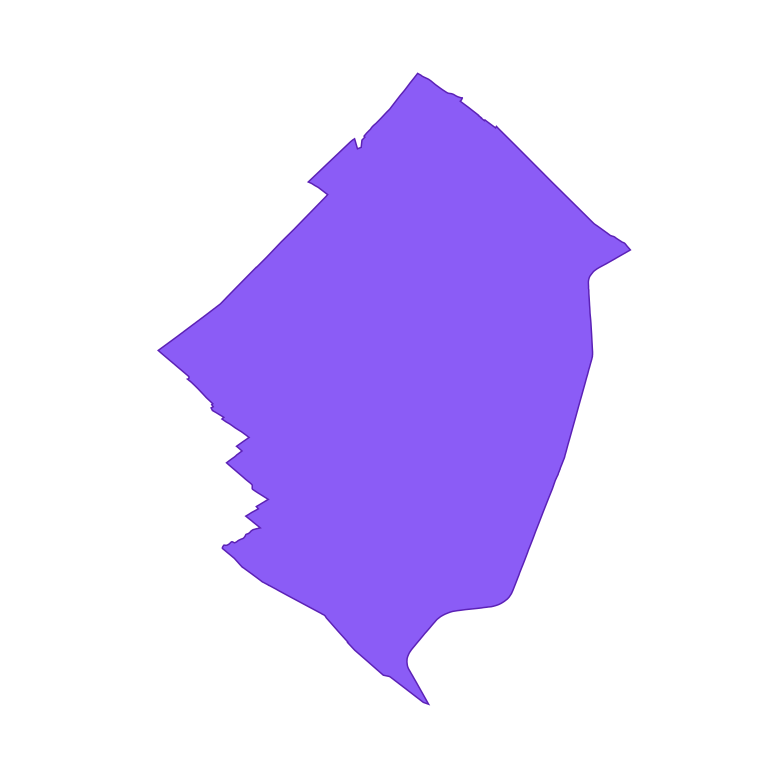 Lisse, Zuid-Holland, Netherlands, rotated 7°
{"feature_id": "6326949B71801070478852", "entity_name": "Lisse", "entity_type": "district", "adm_level": 2, "iso_a3": "NLD", "parent_name": "Netherlands", "parent_adm1": "Zuid-Holland", "projection": "equal_earth", "projection_center": [4.545, 52.254], "detail": "fine", "context": "isolated", "style": "filled", "palette": "violet", "viewbox_px": 768, "rotation_deg": 7, "n_neighbors": 0, "source": "geoboundaries", "source_scale": "gbopen_adm2", "svg_char_len": 6089}
<svg xmlns="http://www.w3.org/2000/svg" viewBox="0 0 768 768"><g transform="rotate(7 384 384)"><path d="M612.2,220.9L608.4,217.5L607.9,217.0L606.7,215.8L606.0,215.2L605.4,214.8L605.2,214.7L603.0,214.1L596.9,211.1L595.4,210.2L594.5,209.8L593.8,209.6L592.4,209.4L592.0,209.3L590.6,209.0L583.5,205.0L576.0,200.9L574.4,200.1L573.1,199.4L572.3,198.8L571.5,198.2L568.9,196.2L546.0,178.5L525.9,163.0L485.4,131.2L471.6,120.5L466.2,116.3L464.2,114.6L463.5,116.2L453.5,110.5L452.0,109.6L451.5,110.4L447.9,108.1L448.1,107.9L447.5,107.5L445.1,106.1L445.2,105.8L443.4,104.7L438.2,101.6L433.9,99.0L432.1,98.0L427.6,95.4L425.2,94.0L426.0,93.0L426.3,92.5L426.9,90.6L426.8,90.4L426.6,90.4L425.9,90.5L425.6,90.5L424.8,90.4L422.7,90.0L421.3,89.6L420.5,89.3L419.3,88.8L417.8,88.1L416.1,87.7L415.4,87.6L413.4,87.6L412.0,87.5L411.5,87.3L410.7,87.0L406.2,84.8L403.6,83.4L398.4,80.5L393.6,77.4L393.0,77.1L391.1,76.1L389.7,75.6L389.0,75.4L385.9,74.4L384.3,73.8L383.0,73.0L379.5,71.6L379.0,72.5L376.0,77.5L372.9,82.5L372.2,83.8L371.1,85.7L368.6,90.0L366.8,92.8L366.0,94.0L364.9,95.7L357.8,107.7L356.3,110.3L356.0,110.7L355.4,111.5L353.5,113.9L348.4,120.9L345.9,124.2L344.1,126.5L342.5,128.2L341.2,129.8L340.3,131.2L339.4,133.0L338.6,133.9L336.3,136.9L334.0,140.4L334.9,141.3L332.8,144.1L332.7,144.2L332.4,144.6L332.5,151.9L329.0,153.8L325.5,145.5L324.9,144.2L323.6,145.3L323.4,145.4L321.2,147.7L300.6,172.7L284.2,192.7L287.8,193.8L291.1,195.4L294.6,196.8L305.0,202.9L303.6,204.9L284.7,229.7L275.6,241.7L274.4,243.2L264.8,255.3L262.5,258.4L252.1,272.4L243.2,283.8L243.0,283.7L237.3,291.1L226.3,305.4L217.9,316.4L215.3,319.9L211.8,324.5L203.5,332.6L198.4,337.6L185.6,349.9L180.7,354.6L172.7,362.3L155.8,378.2L159.0,380.4L159.9,381.0L178.8,393.4L185.2,397.6L189.4,400.4L189.5,400.9L189.6,401.4L189.7,401.7L189.6,402.0L189.4,402.3L189.1,402.7L188.3,403.1L192.2,405.5L195.6,408.0L199.5,411.0L205.9,416.3L209.2,419.1L216.5,424.5L215.5,425.5L217.3,427.4L215.3,428.8L216.8,430.9L217.2,431.1L217.1,431.3L220.2,432.6L229.1,436.6L227.4,438.5L231.6,440.7L235.4,442.3L237.7,443.5L241.5,445.6L246.2,447.8L248.0,448.6L253.2,451.5L255.7,453.0L256.6,453.5L251.3,458.2L245.2,463.8L246.5,464.6L251.2,467.8L250.8,468.2L246.3,472.5L245.9,473.1L244.8,474.3L244.3,474.8L242.3,476.6L239.4,479.3L237.3,481.4L237.6,481.6L239.9,483.2L253.0,491.9L255.7,493.7L258.0,495.3L262.3,498.0L263.0,498.4L264.1,499.2L264.9,499.7L265.3,500.2L265.6,500.7L265.7,501.7L265.8,502.7L265.8,503.0L265.9,503.5L265.9,503.8L266.0,504.1L266.4,504.5L267.1,504.9L269.0,505.9L272.7,507.7L279.1,510.7L283.2,512.6L278.1,516.6L275.2,518.9L272.2,521.2L274.5,523.2L271.5,525.4L268.5,527.5L267.5,528.3L265.6,529.9L262.9,532.0L266.1,534.0L269.1,535.8L271.2,537.2L274.5,539.2L278.7,541.9L276.0,542.9L275.0,543.2L273.2,544.0L272.1,544.4L271.3,544.9L271.0,545.2L270.3,545.8L269.9,546.2L269.5,546.8L268.9,547.7L267.8,548.8L267.5,549.0L266.1,549.7L265.8,549.8L265.4,550.1L265.2,550.4L265.1,550.6L264.6,552.2L263.4,554.1L262.5,554.7L261.1,555.4L260.6,555.7L259.5,556.4L259.0,556.7L258.5,557.1L257.9,557.6L257.3,558.3L256.8,558.7L256.5,559.0L256.1,559.2L255.6,559.5L255.3,559.7L255.0,559.8L254.8,559.8L254.4,559.7L254.1,559.6L253.6,559.4L253.4,559.3L253.1,559.2L252.8,559.1L252.6,559.1L252.3,559.2L252.0,559.2L251.7,559.4L251.5,559.6L251.2,559.9L250.8,560.5L250.2,561.3L249.4,562.0L249.0,562.3L248.6,562.6L248.2,562.9L247.9,563.1L247.5,563.2L247.1,563.3L246.7,563.4L245.8,563.4L245.3,563.4L244.8,563.4L244.5,563.8L244.3,564.1L244.1,564.6L243.7,565.4L243.7,565.6L243.6,565.8L243.5,566.3L243.6,566.6L243.6,566.8L243.8,567.0L256.7,575.3L263.0,580.8L265.7,583.1L265.8,583.0L279.2,590.5L282.2,592.2L285.5,594.1L287.3,595.2L293.2,597.4L293.8,597.8L293.9,597.7L295.5,598.3L299.1,599.7L301.7,600.7L304.3,601.8L314.2,605.7L345.5,617.8L349.7,619.4L350.2,619.7L351.5,620.2L352.2,620.3L352.6,620.6L353.9,621.4L355.2,623.1L362.3,629.4L368.8,635.2L379.6,644.6L379.3,645.0L387.4,651.8L400.0,660.3L418.8,673.1L424.6,673.6L425.4,673.8L425.9,674.0L445.6,685.6L461.8,695.2L467.3,696.4L462.3,689.6L451.7,675.2L449.8,672.7L447.6,669.7L446.5,668.3L443.9,664.8L443.2,663.9L442.8,663.2L442.5,662.7L442.1,662.0L441.8,661.3L441.5,660.5L441.3,659.8L441.0,658.6L440.6,656.9L440.5,655.3L440.4,653.8L440.5,653.2L440.6,652.4L440.8,651.4L441.3,649.6L441.7,648.3L442.5,646.5L442.9,645.8L443.5,644.6L444.8,642.5L447.3,638.6L453.6,628.8L454.9,626.7L456.4,624.6L459.2,620.4L460.6,618.2L464.9,611.8L465.6,610.9L467.3,609.2L468.6,607.9L469.4,607.3L471.0,606.1L472.8,604.9L475.5,603.4L477.6,602.3L478.8,601.8L480.0,601.3L484.5,600.0L487.4,599.3L492.3,598.0L504.2,595.3L506.2,594.8L507.9,594.4L510.3,593.7L512.9,593.1L514.3,592.7L517.5,592.0L519.2,591.4L520.0,591.1L521.9,590.3L523.4,589.6L524.9,588.8L526.9,587.5L527.7,586.9L529.3,585.6L530.2,584.8L530.9,584.1L531.5,583.5L532.7,582.3L533.2,581.6L534.2,580.2L534.5,579.6L535.2,578.2L535.7,577.2L536.0,576.6L536.2,576.0L536.6,574.7L537.1,573.1L540.0,561.8L540.5,559.7L541.1,557.5L541.7,554.6L542.4,552.0L543.1,549.3L544.1,545.6L545.1,541.7L546.9,534.4L547.8,530.3L548.4,528.2L550.3,520.8L551.3,516.7L552.5,511.6L554.6,503.5L557.5,491.9L561.2,477.6L563.9,467.5L565.7,459.1L566.1,457.7L566.4,456.9L566.9,455.2L567.4,453.8L567.8,452.7L568.0,451.5L568.0,451.0L568.5,449.6L568.8,448.1L569.2,446.8L569.2,446.2L569.4,445.4L569.6,444.6L570.2,442.4L571.5,437.3L571.8,436.3L572.2,434.4L572.3,433.4L572.4,432.4L572.8,429.9L573.1,428.0L573.3,426.4L573.8,422.9L574.0,421.5L574.2,420.3L574.4,419.0L574.6,417.8L578.3,393.3L579.7,383.7L581.0,375.1L581.6,371.3L583.6,358.0L584.2,353.8L584.9,349.5L585.6,344.2L585.9,342.6L586.5,338.5L587.2,334.0L587.3,332.9L587.4,332.0L587.5,331.2L587.4,330.8L587.4,329.4L587.1,326.8L586.8,325.2L584.8,314.0L584.4,311.7L584.0,309.4L582.9,303.5L582.0,298.6L581.4,295.6L580.8,292.8L579.9,288.8L579.1,284.2L578.7,282.1L578.4,280.6L578.0,278.3L577.5,275.6L576.3,269.2L576.2,268.5L575.8,265.7L575.3,264.0L575.2,262.7L574.6,259.1L574.4,257.6L574.4,256.0L574.6,254.3L575.0,252.5L575.4,251.6L576.4,249.8L578.2,246.9L579.2,245.8L581.1,244.0L583.1,242.4L585.6,240.6L591.1,236.7L603.4,227.5L612.2,220.9Z" fill="#8b5cf6" stroke="#5b21b6" stroke-width="1.5"/></g></svg>